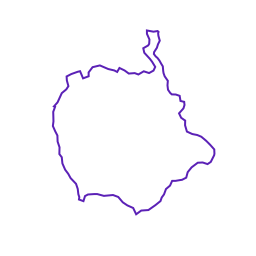 Prastio Avdimou, Limassol, Cyprus, rotated 323°
{"feature_id": "46923920B98437819833460", "entity_name": "Prastio Avdimou", "entity_type": "district", "adm_level": 2, "iso_a3": "CYP", "parent_name": "Cyprus", "parent_adm1": "Limassol", "projection": "robinson", "projection_center": [32.781, 34.724], "detail": "fine", "context": "isolated", "style": "outline", "palette": "violet", "viewbox_px": 256, "rotation_deg": 323, "n_neighbors": 0, "source": "geoboundaries", "source_scale": "gbopen_adm2", "svg_char_len": 1643}
<svg xmlns="http://www.w3.org/2000/svg" viewBox="0 0 256 256"><g transform="rotate(323 128 128)"><path d="M45.8,155.6L48.4,159.6L52.7,156.5L56.0,157.0L60.9,160.2L63.7,162.3L67.9,167.7L75.7,172.5L78.7,177.2L79.1,184.2L80.9,189.4L84.0,195.0L82.6,201.8L88.9,201.9L94.9,205.8L103.4,206.1L110.0,205.9L111.3,205.0L113.1,203.8L116.8,202.7L121.6,199.6L126.9,199.3L131.4,196.8L134.3,198.9L138.2,200.9L140.0,201.9L144.6,202.7L149.1,199.2L155.1,197.7L162.8,197.7L166.9,200.5L169.8,204.7L173.7,204.9L180.4,201.6L181.6,200.5L184.0,197.0L183.5,190.9L182.7,185.2L181.3,179.1L179.1,175.3L175.7,171.5L172.9,166.3L175.2,160.2L178.1,156.5L176.6,151.8L177.6,147.0L184.1,145.7L187.0,143.6L188.6,140.9L187.9,140.1L186.2,138.0L188.6,133.4L186.3,130.0L183.2,127.5L182.8,125.3L183.0,121.5L185.2,117.7L188.2,114.3L188.4,108.8L189.4,105.6L190.4,103.7L192.9,99.7L193.2,96.6L193.7,93.0L193.7,89.8L193.2,87.5L193.2,84.5L194.5,83.1L199.4,81.3L202.3,79.2L205.9,77.4L207.8,72.6L209.2,70.3L210.2,69.7L210.0,68.4L206.3,66.4L201.8,61.5L199.8,64.2L198.4,70.2L195.6,73.5L193.8,74.2L188.2,73.5L186.3,77.7L187.1,86.0L187.1,89.7L186.5,95.6L182.9,97.5L177.9,96.8L174.7,92.2L168.5,91.5L166.4,88.2L161.4,85.0L159.9,80.0L157.3,74.9L153.1,76.7L151.7,73.8L147.7,69.0L143.2,61.1L136.3,58.1L130.0,59.9L127.7,63.0L122.0,61.3L123.9,53.8L121.6,52.8L115.2,50.8L110.0,49.9L107.8,53.2L105.6,58.7L102.0,60.0L96.1,60.3L87.2,65.1L81.9,66.2L82.5,67.2L78.0,70.1L72.5,77.8L69.2,81.2L67.9,86.8L67.1,91.5L63.6,96.5L61.7,102.2L57.5,107.5L57.5,111.5L54.3,116.8L52.7,123.5L52.7,128.6L52.0,133.5L52.9,141.3L51.2,146.4L48.5,151.0L47.5,153.9L45.8,155.6Z" fill="none" stroke="#5b21b6" stroke-width="2"/></g></svg>